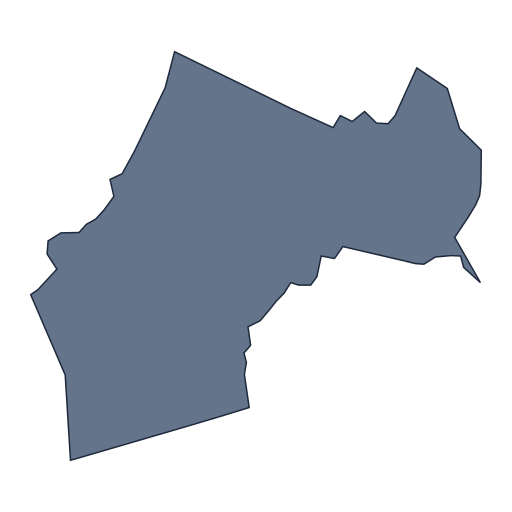 outline of Riacho de Santana, Rio Grande do Norte, Brazil
{"feature_id": "56859067B80998934424853", "entity_name": "Riacho de Santana", "entity_type": "district", "adm_level": 2, "iso_a3": "BRA", "parent_name": "Brazil", "parent_adm1": "Rio Grande do Norte", "projection": "robinson", "projection_center": [-38.322, -6.281], "detail": "fine", "context": "isolated", "style": "filled", "palette": "slate", "viewbox_px": 512, "rotation_deg": 0, "n_neighbors": 0, "source": "geoboundaries", "source_scale": "gbopen_adm2", "svg_char_len": 884}
<svg xmlns="http://www.w3.org/2000/svg" viewBox="0 0 512 512"><path d="M174.6,51.7L165.1,87.9L134.8,150.6L122.2,173.7L110.0,179.4L113.9,196.4L104.1,209.9L95.7,219.1L86.4,224.3L79.0,232.5L60.9,232.9L48.1,240.9L47.1,254.0L56.9,269.1L38.0,289.6L30.7,294.7L65.2,375.0L70.5,460.3L187.7,426.1L204.1,421.2L214.7,418.1L249.2,407.5L244.4,374.5L246.4,362.5L244.0,353.0L250.6,345.3L248.0,326.8L260.2,320.7L270.4,308.6L276.2,301.2L284.2,293.1L290.7,282.6L298.6,285.1L310.7,285.1L316.9,276.7L321.2,256.0L334.5,258.5L342.9,246.6L401.0,260.1L415.5,263.6L423.9,264.2L435.4,257.0L451.0,255.6L460.6,256.0L463.7,267.5L480.4,282.6L454.7,237.4L468.0,217.5L475.6,205.0L479.6,195.8L480.9,183.9L481.3,150.2L459.6,128.7L447.3,88.5L416.8,67.9L395.1,115.6L388.1,123.7L376.5,123.1L364.6,111.5L352.2,121.5L340.3,115.6L333.1,127.6L290.7,108.4L174.6,51.7Z" fill="#64748b" stroke="#1e293b" stroke-width="1.5"/></svg>